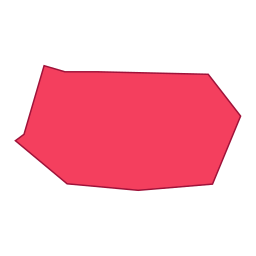 Jung-gu [Central District], Daegu, South Korea (Mercator projection)
{"feature_id": "91817680B11201690622195", "entity_name": "Jung-gu [Central District]", "entity_type": "district", "adm_level": 2, "iso_a3": "KOR", "parent_name": "South Korea", "parent_adm1": "Daegu", "projection": "mercator", "projection_center": [128.593, 35.86], "detail": "fine", "context": "isolated", "style": "filled", "palette": "rose", "viewbox_px": 256, "rotation_deg": 0, "n_neighbors": 0, "source": "geoboundaries", "source_scale": "gbopen_adm2", "svg_char_len": 253}
<svg xmlns="http://www.w3.org/2000/svg" viewBox="0 0 256 256"><path d="M208.2,74.3L97.2,71.8L64.9,71.8L44.1,65.7L24.0,134.3L15.4,140.7L67.1,183.8L138.2,190.3L212.5,184.1L240.6,116.1L208.2,74.3Z" fill="#f43f5e" stroke="#9f1239" stroke-width="1.5"/></svg>